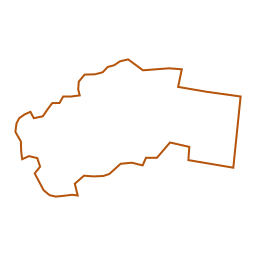 outline of Presidente Lucena, Rio Grande do Sul, Brazil
{"feature_id": "56859067B94110743139040", "entity_name": "Presidente Lucena", "entity_type": "district", "adm_level": 2, "iso_a3": "BRA", "parent_name": "Brazil", "parent_adm1": "Rio Grande do Sul", "projection": "mercator", "projection_center": [-51.191, -29.525], "detail": "fine", "context": "isolated", "style": "outline", "palette": "amber", "viewbox_px": 256, "rotation_deg": 0, "n_neighbors": 0, "source": "geoboundaries", "source_scale": "gbopen_adm2", "svg_char_len": 748}
<svg xmlns="http://www.w3.org/2000/svg" viewBox="0 0 256 256"><path d="M233.3,167.7L240.6,96.5L206.8,91.8L178.1,86.9L181.8,69.3L169.1,68.3L142.9,70.3L128.2,59.4L120.0,61.3L114.0,65.3L107.6,67.0L102.7,72.3L94.9,74.3L84.6,74.6L78.8,81.6L78.2,89.2L79.7,95.4L71.3,96.5L63.2,96.5L59.5,103.0L52.2,103.1L47.6,109.3L42.8,116.3L33.8,118.2L30.4,111.8L24.6,114.4L19.2,118.2L16.5,123.3L15.4,131.9L20.9,141.5L21.2,151.6L22.2,159.2L29.0,156.1L37.3,158.1L40.1,166.7L34.7,173.4L43.6,190.2L49.6,195.2L55.8,196.6L62.9,195.9L72.1,194.8L77.7,195.5L74.8,183.7L84.0,175.7L93.4,176.4L103.3,176.0L109.3,174.0L120.6,163.8L131.9,162.7L142.6,165.4L146.0,157.8L156.9,157.8L170.0,142.5L189.3,146.9L188.4,160.1L233.3,167.7Z" fill="none" stroke="#b45309" stroke-width="2"/></svg>